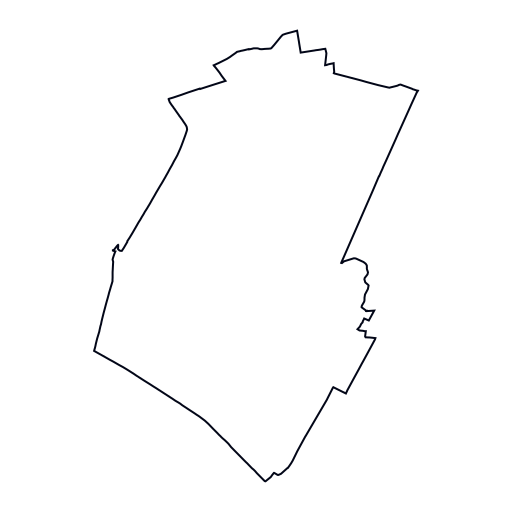 outline of Stefanestii De Jos, Ilfov, Romania
{"feature_id": "2599482B64746522486763", "entity_name": "Stefanestii De Jos", "entity_type": "district", "adm_level": 2, "iso_a3": "ROU", "parent_name": "Romania", "parent_adm1": "Ilfov", "projection": "robinson", "projection_center": [26.191, 44.546], "detail": "fine", "context": "isolated", "style": "outline", "palette": "ink", "viewbox_px": 512, "rotation_deg": 0, "n_neighbors": 0, "source": "geoboundaries", "source_scale": "gbopen_adm2", "svg_char_len": 5089}
<svg xmlns="http://www.w3.org/2000/svg" viewBox="0 0 512 512"><path d="M94.1,350.9L97.3,352.7L99.8,354.1L104.8,356.9L109.7,359.7L113.4,361.7L119.3,365.1L123.0,367.1L126.8,369.4L129.2,370.9L131.7,372.5L134.2,374.1L136.2,375.5L144.3,380.7L148.3,383.2L150.7,384.7L153.3,386.4L156.2,388.2L158.8,389.9L163.9,393.2L171.3,398.0L172.1,398.5L175.3,400.7L177.0,401.7L178.4,402.5L180.3,403.7L182.2,405.2L185.1,407.1L189.8,410.2L194.7,413.4L197.0,415.0L197.4,415.2L198.0,415.6L199.5,416.6L200.4,417.3L202.4,418.8L204.8,420.6L208.5,424.0L213.0,428.7L213.6,429.3L214.2,429.9L216.0,431.7L216.7,432.4L217.4,433.1L218.6,434.4L219.4,435.2L220.4,436.1L221.4,437.2L222.8,438.5L224.8,440.2L227.1,442.4L228.5,443.8L231.1,447.1L243.8,460.0L246.2,462.4L247.1,463.2L248.8,465.0L252.0,468.3L253.6,469.6L255.1,471.1L256.8,473.1L264.7,481.1L265.5,481.3L270.8,477.0L272.2,475.0L273.9,472.9L274.2,472.9L277.3,474.7L277.4,474.8L277.5,474.8L277.8,474.9L278.1,475.0L279.5,474.5L280.9,473.8L281.0,473.8L287.5,468.0L287.8,468.0L289.2,466.1L291.1,463.3L292.7,460.6L297.3,451.2L305.4,436.3L305.6,436.1L327.0,399.5L327.3,398.8L332.7,388.1L333.2,387.3L333.3,387.2L345.5,393.3L345.9,393.5L347.4,390.2L349.9,385.6L353.7,378.6L358.9,369.1L359.0,368.9L362.0,363.3L362.8,361.9L367.6,353.1L375.0,339.4L375.4,338.1L369.9,337.5L365.6,337.3L365.1,336.4L365.8,331.2L364.8,331.2L362.9,330.8L359.6,330.5L358.9,330.1L357.5,329.2L359.9,326.6L361.2,323.9L362.6,322.4L362.7,321.6L362.9,321.1L363.5,320.0L364.2,318.5L368.8,320.5L373.5,311.9L374.2,310.6L366.9,311.1L366.9,310.8L365.9,310.9L365.8,310.4L361.6,307.3L361.6,306.7L361.9,305.6L364.1,301.8L364.4,300.8L364.5,299.5L364.5,297.7L365.0,294.5L367.6,289.6L367.9,289.0L368.6,285.5L368.2,284.9L365.3,282.4L364.4,279.4L364.7,278.0L367.5,274.4L368.0,272.3L367.0,269.4L366.8,268.1L366.9,267.5L366.8,265.4L365.7,263.7L363.5,262.0L356.1,258.6L354.8,258.3L353.8,258.3L344.1,261.3L341.9,263.1L341.2,262.9L341.3,262.6L343.8,257.0L365.2,208.0L372.6,191.1L378.9,176.3L379.1,176.3L379.5,175.6L379.7,175.0L380.6,172.9L380.9,172.2L381.6,170.7L382.5,168.7L383.3,166.7L386.1,160.6L391.9,147.7L395.7,139.2L398.4,133.0L398.5,132.8L398.7,132.4L405.6,117.1L408.8,110.0L411.3,104.4L417.3,91.3L417.5,91.4L417.9,90.7L416.4,90.4L413.8,89.5L412.7,89.2L411.9,88.7L410.2,88.1L406.4,86.7L403.0,85.5L400.7,84.6L400.2,84.6L399.4,84.8L399.0,84.9L397.6,85.6L395.8,86.1L392.6,86.9L390.9,87.3L389.4,87.7L389.1,87.6L388.3,87.5L378.1,85.1L366.1,81.9L360.9,80.4L357.5,79.5L334.5,73.5L333.8,73.2L334.2,71.7L333.9,68.4L333.6,63.2L332.9,63.4L330.2,63.9L328.1,64.4L326.6,65.0L325.1,65.2L326.2,55.5L326.4,53.2L325.3,48.8L322.4,49.2L320.9,49.5L318.4,49.9L315.9,50.2L314.3,50.5L312.3,50.8L308.5,51.4L300.7,52.6L299.1,42.9L299.1,42.7L297.1,30.7L285.9,33.7L283.0,34.7L282.5,35.0L280.8,36.8L277.4,41.0L274.2,44.9L271.4,48.1L270.7,48.5L268.8,48.7L264.8,48.9L263.0,49.1L262.3,49.1L261.9,49.2L259.9,49.1L258.6,48.6L257.7,48.4L256.8,48.3L254.8,48.3L253.2,48.4L253.0,48.5L252.3,48.7L250.5,49.1L249.6,49.3L248.8,49.4L248.7,49.1L246.6,49.6L244.6,50.1L241.9,50.7L241.2,50.8L239.5,51.3L238.0,51.6L237.3,51.8L236.9,51.9L235.7,52.9L231.7,55.7L230.1,56.9L226.9,58.9L223.7,60.5L221.7,61.5L218.5,63.1L216.7,63.9L215.5,64.5L214.4,65.0L213.7,65.3L213.9,65.6L214.0,65.8L215.6,67.6L216.0,68.1L219.5,72.6L221.7,75.9L225.5,80.9L213.5,84.7L200.1,89.0L199.8,88.6L196.1,89.8L188.5,92.3L182.6,94.4L181.8,94.7L174.6,97.1L173.1,97.6L169.0,98.8L168.7,98.9L168.6,99.0L168.7,99.3L168.9,100.0L169.1,100.5L169.4,101.2L169.5,101.7L169.9,102.4L170.7,103.6L171.5,104.8L172.3,105.9L173.1,106.9L173.7,107.9L174.3,108.7L174.9,109.4L175.3,110.1L175.8,110.8L177.7,113.5L179.2,115.6L179.3,115.9L179.7,116.4L180.2,117.0L180.9,118.0L182.1,119.6L182.3,119.9L183.6,121.9L185.0,123.9L186.0,125.5L186.6,126.7L186.8,127.4L187.0,128.7L187.1,129.6L186.7,131.1L185.4,135.0L184.0,138.8L183.1,141.3L182.2,143.7L181.3,146.1L180.2,148.8L177.4,155.1L176.0,157.7L174.0,161.2L172.0,165.1L170.5,167.7L169.6,169.3L167.8,172.7L166.2,175.5L164.9,177.9L164.8,178.0L162.1,182.7L160.0,186.1L156.0,192.9L154.5,195.6L152.1,199.7L150.0,203.5L148.3,206.3L147.0,208.5L144.8,211.9L143.6,214.1L141.8,217.0L140.1,220.0L139.1,221.5L138.3,222.8L135.8,227.2L132.5,232.9L129.6,237.7L127.3,241.2L127.3,241.9L123.8,247.9L121.8,250.9L121.1,250.9L120.6,250.8L120.0,250.7L119.3,250.3L118.4,249.5L118.1,249.2L118.0,248.7L118.1,247.8L118.2,246.1L118.2,245.0L118.1,244.9L117.8,245.1L116.8,246.2L116.1,247.1L115.9,247.5L115.5,248.0L115.2,248.2L115.1,248.3L115.0,248.6L114.5,249.2L114.2,249.6L113.9,249.8L113.5,250.0L113.2,250.1L112.9,250.2L112.9,250.6L113.1,250.7L115.4,251.4L115.0,252.2L113.8,255.5L112.9,258.3L112.6,259.6L113.2,261.9L113.1,262.8L112.8,268.4L112.6,272.2L112.6,274.5L112.6,276.2L112.6,277.6L112.5,279.7L112.5,280.2L112.5,281.3L111.7,284.0L110.9,286.6L110.5,288.0L110.1,289.4L109.5,291.4L108.9,293.4L108.8,294.0L107.6,298.4L106.9,300.8L105.8,304.8L105.0,307.9L103.8,312.3L103.1,315.1L102.1,319.1L101.5,321.7L101.0,324.3L100.4,326.2L100.2,327.2L99.6,329.9L99.3,331.5L98.4,334.5L97.2,338.4L96.7,340.4L95.9,343.6L95.4,346.1L94.9,348.1L94.7,348.7L94.1,350.9Z" fill="none" stroke="#020617" stroke-width="2"/></svg>